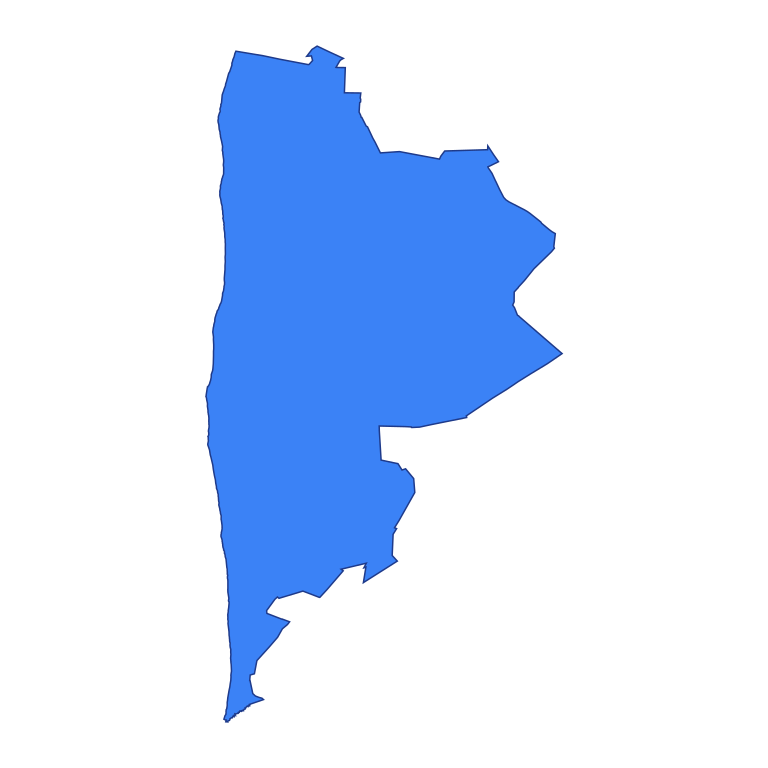 Užavas pag., Ventspils, Latvia (Robinson projection)
{"feature_id": "27541924B2507062447698", "entity_name": "Užavas pag.", "entity_type": "district", "adm_level": 2, "iso_a3": "LVA", "parent_name": "Latvia", "parent_adm1": "Ventspils", "projection": "robinson", "projection_center": [21.426, 57.179], "detail": "fine", "context": "isolated", "style": "filled", "palette": "blue", "viewbox_px": 768, "rotation_deg": 0, "n_neighbors": 0, "source": "geoboundaries", "source_scale": "gbopen_adm2", "svg_char_len": 6059}
<svg xmlns="http://www.w3.org/2000/svg" viewBox="0 0 768 768"><path d="M562.1,353.6L519.4,316.7L518.6,315.8L517.5,315.3L514.5,307.7L512.7,305.1L514.1,301.9L514.2,292.0L518.3,287.5L518.5,287.0L524.4,280.6L534.0,268.7L551.5,251.7L554.4,248.2L553.8,246.8L555.3,233.6L552.0,231.7L549.3,229.7L541.6,223.3L540.9,222.1L539.1,220.6L530.0,213.4L527.3,211.5L524.4,209.8L509.0,201.9L505.9,199.8L503.7,197.4L499.6,189.5L495.9,181.6L495.6,181.1L492.0,173.3L488.1,167.6L487.9,166.8L489.8,166.0L498.5,161.7L493.6,154.7L487.8,145.9L487.6,149.7L444.7,151.0L440.8,156.2L439.5,159.1L399.5,151.6L380.4,152.9L375.1,142.2L372.8,138.1L367.5,126.8L366.2,126.1L361.8,117.4L361.2,117.3L360.6,115.2L359.1,112.1L359.7,102.6L360.6,101.9L360.7,99.2L360.2,98.1L360.8,93.0L344.4,92.8L345.3,67.6L336.8,67.5L336.0,67.4L339.7,61.0L340.8,59.9L343.4,58.4L329.7,52.1L317.1,46.1L312.0,49.4L306.7,56.3L311.4,55.9L312.6,60.5L309.1,64.4L308.3,64.6L280.2,59.3L263.5,55.8L235.9,51.2L234.9,53.5L234.1,56.8L232.8,59.9L232.6,61.2L231.9,63.1L231.9,65.1L231.7,65.8L229.7,71.7L228.7,73.3L226.4,81.8L225.6,84.1L225.5,85.6L224.2,88.9L223.4,91.6L223.0,92.5L222.2,94.9L221.5,103.0L220.8,104.5L220.9,105.9L219.9,109.2L220.1,109.6L220.2,111.6L219.5,112.9L218.4,116.4L218.3,117.9L218.4,118.9L218.0,120.1L218.1,122.1L218.8,124.7L219.2,129.3L220.0,132.0L220.1,133.9L220.4,135.1L220.5,136.8L221.6,141.3L222.6,146.4L222.3,150.5L222.8,152.1L222.8,153.6L223.6,159.4L223.7,160.9L223.6,162.5L223.3,165.0L223.7,167.6L223.6,173.9L223.2,175.4L222.7,176.4L222.6,177.2L221.8,179.2L221.8,180.0L221.3,181.9L221.3,183.1L220.5,185.4L220.4,186.5L220.5,188.1L219.8,191.3L219.9,193.4L219.8,195.1L220.0,196.6L220.7,199.2L221.3,203.2L222.2,206.3L222.2,208.1L222.4,209.1L222.3,209.5L222.6,210.3L222.7,211.1L222.8,214.3L223.2,215.4L223.1,216.0L223.3,216.9L223.1,217.7L222.8,218.1L223.2,219.3L223.6,221.7L224.1,223.1L223.8,224.5L224.2,226.5L224.0,227.7L224.1,229.0L224.7,232.7L224.8,234.9L224.8,236.8L225.2,239.4L225.2,242.2L225.4,243.8L225.3,247.8L225.4,254.2L225.1,257.1L225.3,261.7L225.0,265.7L225.0,269.5L224.3,278.0L224.3,280.1L224.6,282.5L224.5,284.6L224.0,286.5L224.0,287.3L223.5,290.9L222.6,293.2L222.5,295.6L221.5,301.3L220.8,303.2L220.1,304.3L219.8,305.3L218.8,307.8L218.5,309.1L217.1,311.1L216.8,312.7L216.1,314.3L215.9,315.2L215.1,317.7L214.8,319.7L214.8,321.3L213.9,324.4L213.7,326.2L213.3,327.7L212.8,332.0L213.5,337.0L213.4,339.3L213.7,344.8L213.7,349.0L213.5,351.2L213.5,356.1L213.3,363.7L212.9,368.7L212.6,370.7L211.3,374.4L211.2,377.4L210.6,380.3L209.7,383.1L209.5,384.0L208.4,386.0L207.5,386.8L207.6,387.4L207.2,388.0L207.2,388.4L206.2,394.8L206.2,395.8L205.9,396.2L206.5,398.1L206.7,399.8L207.4,402.9L207.5,404.0L207.4,406.2L208.0,410.3L208.0,412.2L208.3,413.6L208.3,414.2L208.6,415.2L208.9,418.1L208.8,421.5L208.9,422.2L208.9,424.6L209.1,425.0L209.0,427.5L208.5,430.2L208.4,431.2L208.7,432.7L208.7,435.0L207.9,436.7L208.2,437.0L208.3,438.0L208.2,438.8L208.4,440.9L207.8,443.9L207.8,444.9L209.5,449.9L210.3,455.0L210.9,457.0L212.8,465.1L213.3,469.2L214.4,475.5L215.4,479.9L215.7,483.0L216.4,486.4L216.5,488.4L217.5,490.8L217.6,492.4L218.2,494.4L218.2,496.4L218.4,497.1L218.6,500.9L219.1,503.0L218.9,503.8L218.8,505.0L219.7,508.5L220.0,510.7L220.3,511.5L220.5,513.5L221.2,515.8L221.1,519.4L221.4,520.6L222.0,525.0L222.1,526.6L222.0,527.3L222.2,527.7L221.9,530.2L221.3,532.7L221.4,533.4L221.0,534.8L221.0,536.6L221.9,539.2L222.2,540.5L222.1,541.3L222.4,542.1L222.4,543.2L222.7,543.9L222.7,545.3L223.1,547.8L223.4,548.2L223.7,549.7L223.6,550.0L224.3,551.0L224.4,551.5L224.5,552.3L224.4,553.2L224.8,553.8L225.2,555.8L225.2,556.7L226.0,559.0L226.8,567.2L227.2,569.1L227.2,571.2L227.4,572.1L227.2,573.1L227.4,573.7L227.3,574.3L227.6,574.8L227.7,575.4L227.4,576.9L227.5,578.6L227.8,579.5L227.9,581.4L227.9,588.6L227.8,589.2L227.9,592.2L228.8,598.0L228.8,599.1L228.5,600.1L228.5,600.7L228.6,601.3L228.9,601.5L229.1,602.8L228.7,607.4L228.2,610.7L228.3,611.4L227.7,615.1L227.9,615.6L227.8,616.6L227.9,617.2L227.8,619.3L228.2,621.2L228.0,623.5L229.0,631.7L229.1,635.3L229.4,637.2L229.4,638.1L229.6,639.7L229.6,640.9L229.8,642.2L230.1,642.9L230.0,645.3L230.2,647.2L230.8,649.5L230.7,652.1L230.9,654.5L230.6,658.4L230.8,660.0L230.8,661.3L231.0,661.7L230.9,662.4L231.2,664.5L231.5,671.1L231.0,674.2L230.9,675.7L231.0,676.7L230.8,680.3L230.2,683.9L229.8,687.0L229.1,690.2L227.8,697.7L227.5,700.6L227.2,702.3L227.2,705.6L226.7,708.8L226.2,709.6L226.0,711.7L226.1,712.9L225.9,713.6L225.9,714.5L225.5,714.9L224.8,716.1L224.6,717.0L223.9,719.2L225.7,720.1L226.2,720.1L225.8,721.8L227.8,721.9L227.6,721.3L228.2,720.9L229.5,720.4L230.0,719.2L229.9,718.9L230.2,718.6L230.9,718.2L231.4,717.7L232.3,717.8L232.8,716.3L232.4,716.2L233.6,716.1L233.8,716.6L234.0,716.7L234.0,716.3L234.4,716.1L234.1,715.5L234.8,715.5L234.5,715.3L234.6,715.0L235.2,714.6L235.0,713.8L235.4,713.9L236.1,713.9L237.1,713.6L237.8,713.2L238.0,712.9L238.3,713.1L238.5,712.5L239.3,712.4L239.4,712.0L239.2,711.9L240.0,711.4L239.7,711.3L239.8,711.0L240.5,711.0L241.4,711.4L242.0,710.9L242.7,710.8L242.3,710.5L242.7,710.4L243.1,710.1L243.6,710.2L243.9,709.8L244.1,709.3L245.2,709.0L245.4,708.4L245.2,708.0L245.7,708.0L245.9,707.4L246.7,706.7L246.8,706.4L247.2,706.3L247.8,706.5L247.7,706.0L248.6,705.8L248.9,706.0L249.6,705.8L249.3,705.3L249.7,705.1L249.9,704.8L249.5,704.4L263.5,699.6L262.0,698.2L259.0,697.4L255.4,696.0L252.8,693.6L250.0,680.4L249.7,680.4L250.2,675.0L254.4,673.8L256.9,660.6L269.4,646.8L277.6,637.3L282.4,628.8L287.5,624.5L289.6,621.8L282.3,619.1L282.2,619.3L266.9,613.4L266.6,610.6L274.9,599.3L277.4,597.0L279.0,598.3L302.9,591.1L319.4,597.4L319.9,597.3L327.0,589.6L343.2,570.8L341.1,569.2L366.3,563.2L363.9,567.8L365.9,567.1L363.4,582.6L397.3,561.1L392.2,555.5L393.1,534.3L396.6,528.6L394.5,527.8L399.1,520.4L414.8,492.5L413.7,478.6L405.6,468.8L402.0,470.0L398.0,463.7L381.1,460.1L379.3,430.6L379.2,426.0L405.0,426.6L411.2,426.9L411.4,427.4L411.8,427.5L419.7,427.1L431.8,424.5L466.7,417.5L466.5,416.2L466.3,415.9L492.5,398.2L507.0,389.2L514.0,384.5L517.9,381.8L530.2,374.1L547.5,363.6L562.1,353.6Z" fill="#3b82f6" stroke="#1e3a8a" stroke-width="1.5"/></svg>